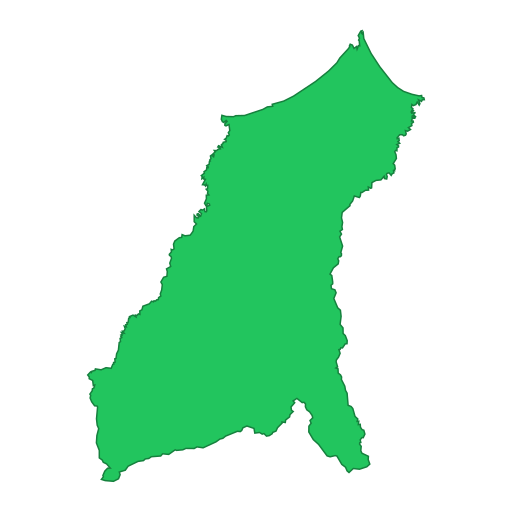 outline of Pemalang, Jawa Tengah, Indonesia
{"feature_id": "22746128B43122306499336", "entity_name": "Pemalang", "entity_type": "district", "adm_level": 2, "iso_a3": "IDN", "parent_name": "Indonesia", "parent_adm1": "Jawa Tengah", "projection": "natural_earth1", "projection_center": [109.395, -7.01], "detail": "fine", "context": "isolated", "style": "filled", "palette": "green", "viewbox_px": 512, "rotation_deg": 0, "n_neighbors": 0, "source": "geoboundaries", "source_scale": "gbopen_adm2", "svg_char_len": 6066}
<svg xmlns="http://www.w3.org/2000/svg" viewBox="0 0 512 512"><path d="M118.5,478.8L120.1,474.7L119.3,472.0L125.3,470.2L128.1,466.2L138.0,461.4L143.5,460.6L145.3,458.9L148.7,458.5L151.4,456.7L160.7,456.0L162.6,453.8L168.7,454.4L175.2,449.8L176.4,450.4L182.8,449.8L185.9,448.4L194.2,448.5L197.0,446.9L203.1,447.8L216.1,441.8L219.8,439.1L222.9,438.3L225.6,436.1L237.4,431.3L240.3,431.6L241.7,430.5L242.9,427.8L246.9,426.0L254.0,428.4L254.8,433.1L259.6,432.5L262.2,434.1L264.0,433.6L266.5,436.1L269.3,435.6L272.2,433.7L272.7,432.4L276.0,431.1L277.5,427.7L282.1,423.1L282.0,422.0L285.3,422.5L285.6,420.0L289.6,416.9L290.0,414.6L293.2,411.5L291.5,410.3L291.0,407.0L294.7,402.7L293.1,400.9L296.9,398.4L302.2,402.6L304.0,402.3L305.5,403.9L305.4,406.8L306.8,409.8L309.7,411.9L312.2,415.6L312.7,417.9L310.0,420.5L311.1,423.2L308.9,426.2L308.8,432.0L313.3,439.6L318.6,444.4L327.1,455.9L330.1,456.8L335.1,455.6L336.9,456.0L341.8,464.4L345.5,467.2L347.1,470.9L349.0,472.5L353.3,468.5L359.5,469.2L366.8,466.8L369.8,464.1L368.2,459.6L368.4,456.3L361.9,453.2L360.8,450.7L361.2,446.3L359.6,444.2L359.7,442.8L360.8,442.5L360.2,439.8L361.9,437.6L363.2,437.7L364.9,434.1L363.8,430.2L362.1,429.7L360.5,427.3L360.2,424.3L358.3,424.6L358.8,421.2L357.1,421.4L357.8,419.0L355.0,416.4L352.8,408.5L351.1,406.5L348.1,405.3L347.1,393.2L345.5,390.4L344.8,386.2L341.4,379.5L341.6,377.0L340.5,374.9L338.2,373.1L338.0,368.8L335.9,368.0L337.6,366.9L336.1,361.8L336.4,359.9L338.5,357.2L340.1,353.3L338.9,349.6L340.1,349.4L340.8,347.8L342.5,347.9L345.2,343.9L347.0,343.7L347.2,340.6L345.3,335.6L343.1,333.5L343.0,327.9L340.1,324.4L341.1,316.3L340.4,310.2L337.7,307.8L333.8,298.5L336.1,292.8L334.9,289.8L331.5,288.7L331.0,285.3L332.7,283.8L332.7,281.9L331.8,275.5L330.0,274.1L333.4,267.8L338.2,263.9L338.7,260.8L337.7,258.8L339.1,256.6L340.4,256.7L341.4,255.7L341.5,253.7L340.8,252.5L342.6,246.1L339.6,236.9L341.5,234.1L339.9,231.2L342.4,229.5L341.9,226.6L342.6,222.5L341.5,217.9L342.2,212.4L350.0,205.7L349.8,204.5L352.6,201.0L354.3,196.0L359.4,197.5L360.3,196.0L360.8,192.4L362.0,192.5L365.4,190.3L368.6,190.1L368.3,187.0L370.8,188.3L371.6,187.9L371.9,182.6L376.0,180.4L380.9,179.9L384.1,176.3L384.5,178.6L386.7,179.0L387.2,176.5L386.4,174.3L387.2,173.3L389.1,172.9L391.2,175.4L392.1,173.8L393.9,172.9L393.5,170.6L394.6,170.7L394.4,169.7L395.2,169.0L394.7,165.2L393.2,163.6L396.4,158.5L396.0,154.7L394.7,151.7L395.6,150.4L396.9,150.8L397.0,147.6L398.5,147.0L398.6,145.9L396.8,144.5L399.7,143.3L397.9,141.6L399.2,140.7L398.9,138.2L397.2,138.7L397.1,137.7L399.7,134.7L402.4,134.7L403.7,135.8L405.5,135.2L406.2,133.9L405.4,130.6L407.6,131.2L410.5,129.5L408.4,127.6L411.9,125.6L411.5,123.5L413.4,122.2L413.1,121.0L411.5,121.0L412.3,118.4L413.7,118.3L412.1,117.3L412.1,116.1L413.0,115.6L414.8,117.7L415.6,116.7L413.8,115.1L413.9,113.6L415.5,112.5L411.8,113.2L411.7,112.2L414.1,110.3L411.5,111.3L412.9,108.7L411.4,107.5L411.9,104.5L413.3,105.6L415.9,104.6L417.2,102.0L419.2,105.1L419.9,103.7L418.5,99.8L421.5,101.4L422.3,99.8L424.3,99.7L423.9,97.9L422.0,97.5L421.6,95.5L419.1,95.9L412.0,94.3L403.6,91.4L397.7,87.6L392.2,82.6L379.8,66.8L371.1,53.5L363.8,38.6L363.2,32.7L362.4,34.0L361.7,33.3L362.1,30.7L360.8,31.1L358.2,35.6L359.5,38.2L358.6,40.1L359.2,40.7L359.7,45.8L358.5,45.6L357.1,49.1L356.6,46.5L354.0,48.4L352.4,45.1L350.2,44.2L349.4,46.0L349.8,46.7L348.1,49.0L339.9,57.9L336.9,62.8L328.5,71.1L315.4,81.6L293.6,96.1L283.7,101.1L272.2,104.3L272.7,106.3L267.3,106.9L262.9,109.4L244.6,115.5L235.8,115.7L233.5,116.7L226.1,116.5L221.9,115.3L221.3,119.3L222.4,121.7L223.7,122.4L226.2,120.4L227.1,121.4L224.9,123.7L224.9,125.4L226.0,125.9L229.0,124.5L229.8,130.6L228.3,132.7L229.3,134.9L228.3,136.0L227.1,135.6L226.1,138.4L224.6,139.3L226.1,140.3L226.2,141.6L223.2,142.3L223.0,143.5L221.4,144.7L222.4,147.3L218.6,145.7L217.8,147.0L220.1,147.9L220.4,148.9L218.6,149.0L216.5,150.6L214.3,150.5L215.2,151.8L212.5,154.4L214.0,154.8L213.6,156.8L211.4,155.2L210.4,156.0L211.0,158.6L209.7,160.1L210.3,161.0L209.4,161.6L209.1,164.3L206.8,165.6L208.3,167.0L208.0,167.8L206.8,167.4L206.5,169.9L204.0,171.7L204.4,173.2L201.3,175.6L202.2,176.6L201.9,178.6L203.8,177.2L203.6,179.0L205.4,179.3L202.5,184.7L204.6,184.9L205.5,186.0L206.2,184.1L206.6,185.5L207.7,185.3L207.6,188.7L206.2,189.2L208.0,191.3L207.5,193.3L208.8,194.9L206.3,195.2L206.4,198.9L204.5,203.2L205.9,205.6L206.9,205.6L207.3,203.3L209.4,204.0L209.7,205.3L206.5,206.6L206.8,210.9L206.2,211.8L204.9,211.6L204.5,208.9L202.5,210.1L201.0,209.5L199.0,211.5L201.5,213.6L200.6,216.3L199.7,216.5L199.4,214.7L198.2,213.6L197.1,214.1L197.0,215.1L198.7,216.4L198.0,218.0L196.4,217.7L194.2,215.3L194.2,221.7L196.5,224.0L193.8,226.6L193.1,231.2L190.2,235.2L185.0,235.8L182.1,234.6L181.7,237.4L179.3,237.7L174.8,241.0L173.5,244.2L174.1,248.8L172.5,249.9L171.2,249.4L171.4,252.0L169.3,254.3L169.5,255.4L171.1,256.5L171.5,258.3L169.8,263.1L170.7,266.5L166.5,268.9L167.3,271.5L166.9,276.3L163.6,277.3L160.9,282.0L162.3,284.6L161.7,289.9L160.3,293.9L160.8,296.1L158.6,297.6L158.3,299.6L156.7,299.8L155.5,301.1L154.0,300.8L153.5,301.8L151.6,301.2L149.4,303.8L142.9,306.2L141.9,309.8L139.8,310.9L139.9,314.4L138.4,313.9L137.1,315.4L135.5,315.1L136.0,316.9L133.0,315.1L129.5,316.6L130.0,317.6L128.7,318.2L128.1,322.5L126.9,322.6L127.3,324.3L125.7,324.7L126.3,326.8L124.3,326.1L125.2,328.8L124.1,330.9L122.4,331.2L124.0,333.1L121.5,332.6L122.5,334.0L120.9,335.0L121.9,335.7L120.9,336.5L121.7,337.6L120.1,338.4L120.5,341.6L119.2,342.5L118.4,350.1L116.6,353.8L116.0,358.4L114.8,358.8L115.1,362.1L113.6,362.5L113.8,364.1L112.8,364.3L111.2,368.3L106.0,367.7L101.1,369.8L95.4,368.9L95.0,370.4L91.8,371.3L91.4,372.5L90.6,371.9L87.7,375.0L89.2,376.9L89.2,378.7L92.7,380.5L93.3,385.5L94.7,385.0L93.9,388.0L92.4,388.8L92.2,390.8L89.9,394.1L90.7,395.4L90.1,398.0L91.7,401.8L94.6,405.8L97.0,406.0L97.6,406.9L96.5,418.8L97.2,425.2L98.7,428.6L96.9,435.5L96.4,442.9L99.3,450.4L99.3,457.9L102.3,460.1L103.3,462.3L106.6,463.9L110.3,468.1L107.6,468.2L104.8,471.1L102.9,475.5L103.4,476.8L101.4,479.4L105.2,480.6L113.5,481.3L118.5,478.8Z" fill="#22c55e" stroke="#15803d" stroke-width="1.5"/></svg>